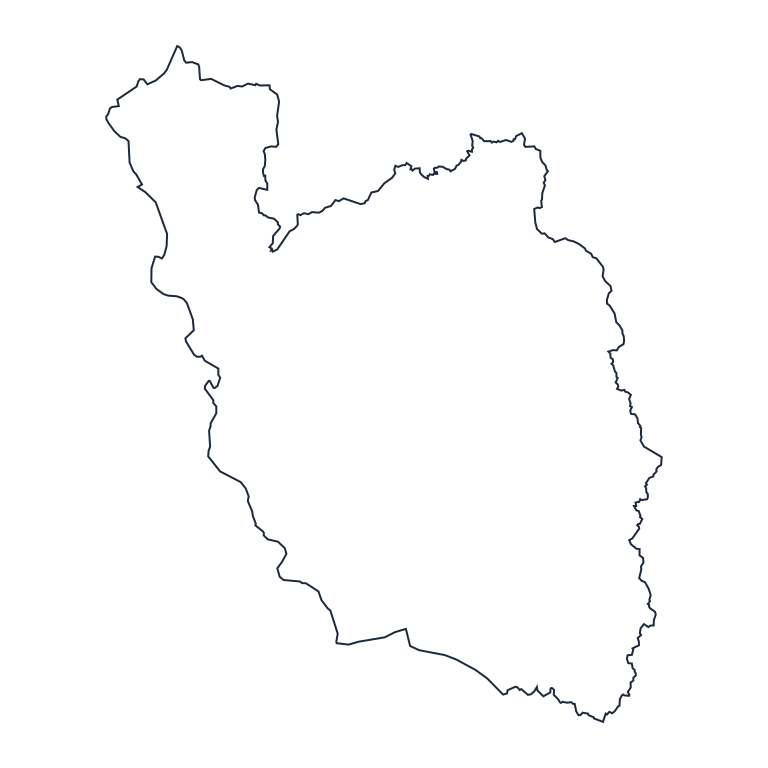 the district of Magway, Magway, Myanmar
{"feature_id": "60261553B24389889044331", "entity_name": "Magway", "entity_type": "district", "adm_level": 2, "iso_a3": "MMR", "parent_name": "Myanmar", "parent_adm1": "Magway", "projection": "mercator", "projection_center": [95.349, 20.285], "detail": "fine", "context": "isolated", "style": "outline", "palette": "slate", "viewbox_px": 768, "rotation_deg": 0, "n_neighbors": 0, "source": "geoboundaries", "source_scale": "gbopen_adm2", "svg_char_len": 6095}
<svg xmlns="http://www.w3.org/2000/svg" viewBox="0 0 768 768"><path d="M521.8,133.2L516.2,136.1L514.9,139.2L513.6,139.3L513.4,140.9L511.3,141.8L506.0,140.0L500.0,142.0L498.1,140.8L496.6,142.3L493.5,141.6L491.9,142.6L490.6,141.1L484.2,141.2L481.7,138.3L480.2,138.1L479.5,136.5L471.3,134.0L470.6,134.7L472.7,141.0L472.2,145.8L473.2,147.7L472.0,149.3L471.9,151.8L468.4,150.7L467.2,151.3L469.5,155.5L466.3,158.4L465.7,160.5L463.1,160.9L461.4,159.9L461.0,161.7L458.3,165.0L456.6,165.6L455.0,168.9L450.5,171.3L449.5,169.7L446.3,169.0L442.8,166.8L438.7,166.5L437.6,167.6L434.8,167.9L433.9,168.6L434.5,171.9L437.0,172.2L437.2,173.9L433.8,173.9L433.1,174.9L429.9,174.3L429.2,175.6L427.7,175.9L427.9,178.8L424.1,177.0L420.8,173.9L419.8,171.9L419.7,168.3L415.0,168.6L412.4,170.6L411.5,169.1L410.5,169.2L411.4,166.3L406.7,163.0L405.2,165.1L402.3,165.2L398.2,166.9L395.4,165.8L394.2,169.8L395.3,173.3L392.0,177.9L384.4,183.2L378.0,191.0L371.4,192.5L367.9,200.0L365.5,201.2L364.7,203.2L360.6,204.1L343.7,198.4L338.9,201.1L335.4,200.1L330.9,206.0L325.0,207.8L322.4,210.9L318.9,212.7L312.0,212.1L308.3,214.2L304.0,213.2L300.3,215.2L298.5,214.2L297.3,214.7L297.8,224.1L297.2,225.7L294.0,229.0L289.6,231.3L277.2,249.5L272.7,251.6L272.3,250.2L271.0,250.6L271.8,248.5L269.4,247.2L272.8,243.2L273.1,236.0L279.6,228.5L280.1,226.6L277.9,224.3L277.9,222.4L274.0,218.7L268.0,217.4L265.3,215.3L263.9,215.4L262.1,213.3L259.0,212.5L258.0,204.8L255.1,200.3L254.7,197.6L256.7,190.2L258.9,187.9L267.2,189.8L267.3,183.6L265.4,180.5L265.2,175.7L263.9,175.9L263.0,172.6L263.0,169.2L264.8,166.1L265.3,159.8L264.8,153.9L263.6,151.2L265.4,148.0L271.1,146.4L276.2,146.8L278.3,144.3L276.4,129.5L278.0,122.0L277.1,115.7L279.1,101.7L277.2,94.6L269.9,89.2L269.5,85.3L259.8,85.5L256.2,83.8L255.3,85.2L248.0,83.6L242.1,86.5L237.6,85.9L230.7,88.5L229.5,86.8L224.5,85.5L211.2,78.9L201.1,80.2L200.0,79.2L199.2,67.4L198.3,64.4L192.1,62.1L186.2,62.7L184.3,60.5L181.7,50.4L179.7,47.4L177.2,46.1L166.8,69.7L164.3,73.2L155.8,80.5L147.4,84.3L143.6,79.4L139.8,79.2L138.2,81.6L136.7,86.5L117.3,99.6L118.8,106.1L112.1,107.0L110.0,108.4L108.1,114.2L106.3,116.5L106.3,119.0L108.3,122.8L114.3,131.1L120.3,136.8L125.2,138.3L128.5,141.0L129.6,162.6L133.4,171.4L136.3,174.5L142.0,184.5L137.6,187.0L145.4,192.2L155.7,202.3L167.1,234.0L166.6,246.2L164.2,255.0L161.9,258.5L158.5,256.8L155.1,256.6L151.5,268.3L151.3,282.2L156.4,288.9L163.5,294.1L168.1,295.6L176.9,296.3L181.2,297.8L183.4,298.9L186.8,302.8L192.8,319.3L193.8,330.2L185.4,338.3L186.0,341.4L194.0,354.6L196.9,356.7L200.0,356.8L202.0,355.7L204.8,360.7L218.4,368.6L218.3,374.8L220.2,377.7L217.5,385.9L214.6,388.1L213.4,387.8L209.9,381.1L208.8,380.8L205.1,385.8L204.8,388.6L213.4,400.3L213.2,402.8L216.3,406.4L216.3,413.3L210.6,423.3L210.6,426.1L209.1,430.7L210.1,446.8L208.6,450.8L208.2,456.4L220.1,471.4L240.7,482.1L245.7,488.4L248.7,496.4L247.8,500.9L252.2,511.5L252.8,515.7L255.8,523.7L255.4,525.4L262.9,531.4L263.9,532.9L263.7,535.4L267.8,539.4L278.0,541.7L284.8,548.2L286.4,553.8L282.1,561.8L277.3,568.3L279.7,576.8L283.6,580.0L300.0,581.5L302.1,583.1L306.0,583.3L318.5,591.5L321.5,600.2L327.7,608.4L330.3,610.4L337.7,633.6L336.3,641.8L336.7,643.2L348.7,644.6L358.6,641.7L384.8,637.3L395.1,632.1L405.9,628.9L410.1,646.0L419.2,650.2L444.9,655.1L456.5,659.6L475.6,670.0L487.3,678.5L503.1,694.6L507.0,693.4L507.6,690.2L515.5,686.7L517.6,687.5L519.7,690.0L521.2,689.1L527.9,694.8L530.7,694.4L534.1,691.6L536.9,687.0L537.4,690.4L543.4,696.3L550.3,692.4L550.5,689.0L551.2,688.0L552.5,688.3L554.2,690.1L553.7,694.7L558.4,699.6L559.9,702.3L561.0,702.9L562.6,701.8L566.9,702.7L571.3,702.2L573.1,703.9L574.7,703.9L576.2,711.3L578.5,715.2L580.5,715.0L582.6,712.7L587.9,713.6L588.6,715.2L593.7,717.3L593.9,718.4L603.0,721.9L605.7,713.6L607.0,714.5L609.4,711.8L612.2,713.3L614.7,711.3L618.0,706.5L619.4,705.9L619.9,699.1L621.9,695.4L623.1,694.5L624.4,695.4L629.1,695.8L629.4,694.6L627.8,692.1L630.7,687.6L630.6,682.5L633.3,680.6L633.4,677.7L635.7,675.6L635.8,673.5L634.6,671.5L634.7,670.0L632.6,668.2L631.9,663.6L628.3,663.1L626.9,659.0L627.6,655.3L631.9,654.8L633.3,649.6L632.5,648.4L639.0,645.3L638.8,641.3L637.7,638.1L641.1,635.0L639.8,633.2L640.6,628.3L644.0,624.1L648.4,627.1L650.3,625.6L653.7,625.4L653.8,620.3L655.8,614.4L654.9,611.7L650.0,608.2L649.0,606.6L649.1,604.8L647.8,604.0L650.0,601.2L649.3,599.9L650.6,595.8L650.3,593.7L648.5,588.4L644.9,582.1L641.6,580.8L639.2,578.1L641.3,569.4L641.0,566.4L643.5,562.5L643.0,557.9L639.5,555.3L639.6,549.1L636.4,548.7L631.0,544.3L629.2,540.1L632.2,538.6L639.2,528.7L638.8,526.6L637.2,525.3L638.2,524.0L639.9,523.8L642.3,519.0L640.0,517.1L640.5,515.9L638.7,511.1L636.3,510.3L634.0,506.0L636.2,506.0L635.5,502.5L639.1,501.9L640.2,499.2L641.1,500.1L646.9,499.3L647.8,497.8L647.8,494.0L646.4,492.3L646.1,488.2L645.0,486.3L646.9,484.7L645.9,483.3L649.3,478.0L653.4,476.4L653.4,474.8L656.5,471.5L656.3,469.4L657.9,466.9L661.1,465.0L661.7,457.1L644.0,446.6L640.4,440.4L641.6,437.2L640.9,434.9L641.1,428.0L639.9,427.0L640.4,426.0L638.0,423.1L637.5,418.6L635.2,414.4L631.2,413.9L630.7,413.0L630.3,410.3L631.9,407.1L630.0,406.1L630.6,403.5L629.1,399.0L630.9,394.9L628.1,392.5L625.2,391.6L624.4,389.9L621.3,390.6L617.0,388.9L618.3,386.6L617.8,384.5L615.7,382.5L617.7,377.9L616.5,377.0L616.4,373.0L614.8,371.2L613.3,365.5L611.5,363.9L613.2,362.0L612.8,359.2L610.6,357.9L610.3,353.6L608.4,351.6L613.0,350.1L616.8,350.4L618.7,347.1L623.4,344.2L624.1,341.0L623.7,336.1L622.4,333.3L622.4,330.4L619.6,325.6L616.3,322.2L614.5,313.3L609.6,305.5L607.0,303.6L606.9,299.8L608.9,293.2L611.5,290.8L610.5,286.1L605.0,280.9L602.6,276.2L603.6,269.6L602.8,266.6L596.3,258.3L592.8,257.2L591.1,253.7L586.1,250.8L584.9,248.4L579.3,244.2L573.7,241.4L568.1,240.1L565.4,238.2L554.8,242.0L552.9,239.2L548.4,237.5L544.7,233.4L541.9,233.7L537.0,229.0L535.3,222.5L534.2,209.0L537.6,207.5L539.7,208.1L541.9,207.0L541.2,201.1L542.0,199.1L542.3,193.1L544.9,185.5L543.7,182.6L545.4,180.2L544.3,176.2L547.9,171.2L546.7,169.9L545.4,165.3L542.3,162.1L540.4,157.8L540.3,150.8L535.8,149.0L534.4,146.4L525.4,146.9L524.0,144.9L525.0,138.5L521.8,133.2Z" fill="none" stroke="#1e293b" stroke-width="2"/></svg>